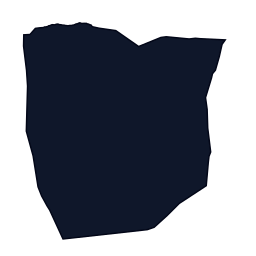 Sevrei, Ömnögovi, Mongolia (Equal Earth projection), rotated 267°
{"feature_id": "93677404B27006203357134", "entity_name": "Sevrei", "entity_type": "district", "adm_level": 2, "iso_a3": "MNG", "parent_name": "Mongolia", "parent_adm1": "Ömnögovi", "projection": "equal_earth", "projection_center": [102.849, 43.72], "detail": "fine", "context": "isolated", "style": "filled", "palette": "ink", "viewbox_px": 256, "rotation_deg": 267, "n_neighbors": 0, "source": "geoboundaries", "source_scale": "gbopen_adm2", "svg_char_len": 1669}
<svg xmlns="http://www.w3.org/2000/svg" viewBox="0 0 256 256"><g transform="rotate(267 128 128)"><path d="M225.9,120.9L229.2,104.2L231.0,97.7L232.9,96.3L233.0,95.1L233.6,94.5L233.9,93.8L234.0,93.3L234.0,93.0L234.1,92.7L234.4,92.4L234.7,91.8L234.7,91.6L234.7,91.0L234.7,90.5L234.8,90.1L234.8,89.8L234.8,89.5L234.8,88.6L234.8,87.5L234.9,86.9L235.0,86.7L235.3,86.1L235.4,85.7L235.5,85.5L235.5,84.9L235.1,83.8L234.8,83.2L234.7,82.9L234.7,82.5L234.6,81.8L234.5,81.3L234.4,81.0L234.0,80.3L233.9,79.7L233.7,79.2L233.5,78.8L233.5,78.3L233.6,78.0L233.5,77.6L233.3,77.2L233.3,76.9L233.4,76.5L233.4,76.1L233.4,75.6L233.4,74.9L233.2,73.5L233.2,73.1L233.4,72.5L233.5,71.9L233.5,71.5L233.6,70.9L233.8,70.4L234.0,69.8L234.1,68.4L234.2,68.0L234.4,67.1L234.6,66.6L234.8,64.9L235.3,63.8L235.5,63.4L235.4,63.1L235.3,62.9L235.4,62.5L235.4,62.1L235.3,61.5L235.1,61.1L235.0,60.6L234.9,60.3L234.9,60.0L234.9,59.6L235.0,59.0L235.0,58.7L235.1,58.3L235.1,58.0L235.1,57.6L235.0,57.1L234.9,56.8L234.8,56.6L234.6,56.0L234.4,55.7L234.3,55.3L234.3,54.6L234.2,54.1L233.9,53.7L233.7,53.3L233.5,52.8L233.4,52.3L233.4,51.9L233.3,51.7L233.2,51.2L233.3,50.2L233.2,49.8L232.7,48.7L232.7,46.3L232.6,44.1L232.4,41.6L232.3,40.7L226.5,35.0L226.5,28.8L215.3,28.0L190.8,29.7L175.1,29.9L130.2,26.3L105.1,31.8L73.9,35.1L64.7,38.2L54.5,43.1L50.2,45.5L20.6,57.3L25.5,142.0L27.5,148.9L31.4,153.7L38.6,162.5L50.0,175.2L66.3,203.1L89.6,206.4L95.5,207.4L99.7,209.3L123.8,207.6L142.5,208.0L154.3,207.0L173.6,214.0L177.8,215.2L181.2,218.3L194.6,222.9L206.6,226.3L210.9,229.7L213.4,204.7L214.1,200.0L213.7,193.8L217.1,171.0L216.7,165.6L208.8,142.9L225.9,120.9Z" fill="#0f172a" stroke="#020617" stroke-width="1.5"/></g></svg>